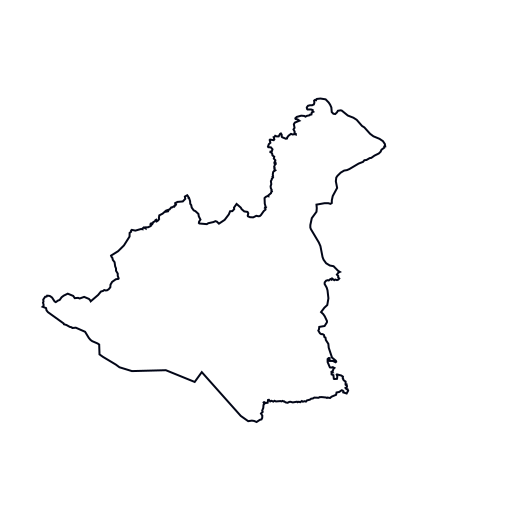 outline of Tuy, Tuy, Burkina Faso, rotated 304°
{"feature_id": "67063806B52798800731394", "entity_name": "Tuy", "entity_type": "district", "adm_level": 2, "iso_a3": "BFA", "parent_name": "Burkina Faso", "parent_adm1": "Tuy", "projection": "natural_earth1", "projection_center": [-3.482, 11.43], "detail": "fine", "context": "isolated", "style": "outline", "palette": "ink", "viewbox_px": 512, "rotation_deg": 304, "n_neighbors": 0, "source": "geoboundaries", "source_scale": "gbopen_adm2", "svg_char_len": 6140}
<svg xmlns="http://www.w3.org/2000/svg" viewBox="0 0 512 512"><g transform="rotate(304 256 256)"><path d="M208.2,138.4L207.3,138.2L206.3,138.9L204.5,138.3L201.4,140.3L190.9,140.6L182.9,139.0L175.3,135.6L174.6,136.5L174.1,138.0L172.7,139.5L171.8,142.2L168.6,145.1L167.4,146.9L165.5,148.2L164.1,151.2L162.2,152.5L160.7,154.6L160.1,154.7L158.3,152.8L154.1,151.2L150.9,151.4L148.6,152.7L146.2,152.5L144.4,151.8L143.4,150.7L142.9,149.2L141.6,148.8L139.8,147.3L135.4,146.9L126.0,144.3L126.5,143.5L127.0,141.5L126.0,136.4L122.2,133.6L121.8,131.9L119.7,129.3L120.7,126.8L119.5,121.0L115.7,118.8L113.1,117.9L109.7,117.8L108.4,116.8L105.8,115.8L105.7,114.4L107.5,110.2L107.6,107.9L107.3,106.8L106.3,105.0L105.3,105.1L104.3,104.0L100.9,104.0L99.2,105.4L98.2,105.5L97.0,107.0L95.8,107.8L94.6,107.5L95.4,111.1L93.8,112.7L93.1,114.9L92.5,134.3L92.0,134.9L92.8,137.4L93.1,141.2L93.8,143.0L93.6,144.0L95.8,146.7L97.6,156.7L94.6,163.2L93.9,165.7L93.8,167.8L94.9,173.6L94.9,175.5L86.9,181.3L86.8,185.5L87.6,200.5L87.4,205.0L91.2,217.5L110.9,245.1L117.3,275.6L129.4,276.0L114.9,332.8L114.7,341.9L117.2,344.6L118.2,346.7L118.7,349.3L122.3,350.8L123.6,351.9L125.2,351.7L127.2,350.5L128.2,348.2L130.5,348.7L131.3,347.6L134.1,347.0L136.7,345.5L138.0,345.6L138.8,344.2L139.4,344.4L139.6,346.3L140.8,347.7L143.4,346.5L144.0,347.1L143.4,349.1L144.6,349.8L145.0,351.8L146.3,352.3L146.6,353.9L149.4,357.4L149.7,358.4L150.7,359.0L150.9,360.3L151.2,360.5L151.2,362.5L152.0,364.3L153.7,365.2L154.4,366.1L155.2,368.4L158.1,371.4L158.0,372.2L159.1,373.0L159.5,374.4L161.4,375.1L161.4,376.3L162.8,377.5L163.2,378.8L164.8,379.0L167.0,381.0L168.5,381.5L169.8,382.9L171.2,383.5L173.5,387.2L174.5,387.6L175.8,389.4L177.8,393.1L178.0,394.2L178.6,394.4L179.7,396.8L181.6,397.3L185.7,400.0L187.9,399.1L189.8,401.0L192.6,402.1L192.9,403.0L192.7,404.2L191.7,404.6L192.7,408.0L195.9,407.7L196.7,406.5L196.3,406.0L196.4,404.3L196.7,404.0L197.3,404.8L198.9,404.3L199.6,403.5L199.2,403.5L199.4,402.2L202.0,400.5L202.0,398.5L202.4,397.3L203.2,396.7L203.3,396.1L204.6,395.5L204.6,393.5L203.1,389.3L202.8,389.2L201.7,390.7L199.8,391.7L199.4,391.8L197.8,389.7L197.7,389.2L200.5,386.8L200.1,384.9L201.7,383.7L202.3,384.5L202.6,383.5L203.6,384.0L205.7,383.3L207.0,383.6L206.8,381.8L205.5,380.7L205.0,379.5L208.1,374.7L210.6,373.0L212.0,373.3L212.5,374.1L210.2,375.7L212.0,378.5L212.4,381.4L213.2,381.6L213.8,380.8L214.3,375.8L220.6,367.6L223.6,365.1L225.4,360.9L227.2,359.2L227.1,357.9L228.5,356.6L228.5,355.0L227.7,353.8L227.7,352.2L229.0,349.4L230.4,349.2L232.6,348.1L236.3,352.0L240.6,351.9L241.7,351.3L244.4,346.8L245.4,344.3L245.9,341.3L251.4,341.6L255.2,342.5L261.4,339.7L267.5,334.5L269.3,332.3L271.2,328.5L272.6,327.7L274.7,327.9L276.0,328.9L276.4,330.0L278.5,330.6L278.6,331.9L279.9,331.7L279.7,334.4L280.8,334.9L281.3,336.6L282.4,337.4L283.9,337.6L284.2,336.1L285.4,335.4L285.8,333.5L288.4,333.6L289.7,334.4L289.6,332.4L290.9,326.0L289.4,322.5L289.2,318.2L290.7,314.1L292.3,311.8L300.2,303.9L302.3,300.6L309.0,286.4L310.0,285.1L312.1,283.7L318.6,281.1L326.5,281.4L329.7,279.6L332.4,277.4L338.2,283.4L340.2,286.4L340.9,288.6L342.3,289.2L344.6,287.7L348.6,286.1L357.8,285.2L362.6,280.4L365.9,278.7L368.0,278.7L372.5,279.6L376.1,281.3L378.1,283.4L380.3,284.8L390.0,289.4L393.9,292.1L396.0,292.3L397.4,293.9L400.7,295.5L401.8,296.7L405.5,298.1L409.7,300.5L412.2,301.0L414.3,300.6L417.7,301.8L418.4,301.1L419.2,301.1L419.4,301.6L420.9,300.2L422.2,297.0L422.2,292.9L420.9,286.4L421.1,282.3L423.2,273.9L423.1,271.2L425.2,263.3L425.1,259.4L423.8,253.6L424.5,245.8L424.1,244.7L422.2,242.7L420.3,242.8L418.0,242.3L417.2,240.6L417.7,238.3L421.3,235.4L422.9,232.8L423.9,230.4L424.8,226.1L422.6,221.4L420.3,218.7L419.8,218.4L418.7,218.7L418.3,217.6L417.3,217.3L415.7,218.7L414.0,219.2L412.3,218.2L411.2,216.5L409.6,215.1L407.6,215.0L406.5,216.0L406.3,216.8L408.3,219.8L408.7,221.3L408.1,221.6L407.7,222.9L406.2,222.0L404.3,222.8L403.3,221.7L402.6,221.7L400.5,219.7L399.2,219.1L399.1,217.7L397.6,215.0L394.1,212.0L392.2,211.6L391.7,212.3L392.5,214.0L392.4,216.3L388.3,213.6L386.4,213.7L383.8,216.3L381.9,216.3L380.8,218.4L379.3,219.3L379.5,220.7L379.0,221.1L378.6,219.9L377.2,218.4L376.8,216.7L373.9,215.7L371.4,215.6L370.8,216.0L369.9,215.2L369.1,211.2L369.3,210.6L370.9,209.5L371.5,208.1L370.8,207.7L367.8,207.9L366.7,206.2L366.4,204.7L365.0,204.7L364.4,204.2L362.9,206.0L361.9,205.9L360.4,202.6L359.8,202.5L357.9,204.6L355.9,204.1L353.3,204.8L353.1,205.4L354.4,207.6L353.7,210.0L351.6,210.6L350.6,209.6L350.1,209.9L350.4,210.9L349.8,212.3L348.6,213.4L348.5,215.6L346.7,216.3L346.2,218.5L343.5,219.1L343.1,219.6L344.1,220.2L343.4,220.9L342.6,220.6L340.0,221.2L339.4,222.3L338.9,222.2L337.9,223.2L337.9,224.1L337.0,223.8L337.0,223.4L335.1,223.3L332.7,224.5L331.9,225.4L331.0,225.3L330.6,226.2L328.9,225.9L328.3,226.3L326.4,226.5L324.1,228.5L322.0,229.1L320.5,230.4L319.5,232.1L318.8,232.2L318.4,233.1L317.3,232.9L316.5,233.3L313.3,232.4L312.5,232.9L312.3,232.1L310.4,231.0L308.8,230.7L304.3,234.0L302.4,236.2L301.2,236.4L301.5,237.0L300.7,237.0L299.8,237.9L297.5,237.3L292.6,237.2L291.2,236.8L290.3,235.8L289.5,233.8L286.5,232.1L284.8,229.3L284.4,227.1L284.8,226.6L287.1,225.7L287.8,224.3L286.4,221.3L286.8,217.9L287.6,216.3L288.3,210.8L283.8,210.7L282.7,211.7L280.0,211.3L278.6,209.5L275.3,210.2L268.4,209.8L262.1,207.2L262.6,204.3L262.2,202.9L260.3,201.7L256.5,198.1L254.9,197.4L251.3,190.9L251.4,190.2L252.7,189.6L255.1,189.6L256.9,186.4L258.7,184.7L259.3,180.7L259.0,178.8L260.2,175.6L262.0,173.8L262.5,172.3L264.6,170.7L266.7,168.0L266.4,167.6L267.4,166.5L267.9,165.0L265.5,163.8L263.8,165.4L260.3,164.8L256.8,160.5L256.1,160.4L254.9,159.4L254.4,159.6L253.9,160.9L252.8,160.9L252.5,160.4L251.4,160.6L251.4,160.2L249.4,159.3L249.0,158.6L246.3,158.3L244.6,157.0L244.3,158.0L243.9,158.1L242.6,156.8L243.5,156.4L243.2,156.0L238.9,154.9L235.6,153.1L233.1,154.3L232.5,155.0L230.9,155.0L229.3,154.4L230.3,153.0L229.6,152.6L228.1,152.8L226.8,151.9L224.3,152.2L224.1,151.7L224.6,151.1L224.0,150.6L223.2,150.8L222.4,152.0L221.5,151.7L219.5,150.5L217.9,148.3L217.1,149.0L216.9,147.0L215.1,146.5L214.7,146.9L214.0,145.5L209.6,141.8L208.2,138.4Z" fill="none" stroke="#020617" stroke-width="2"/></g></svg>